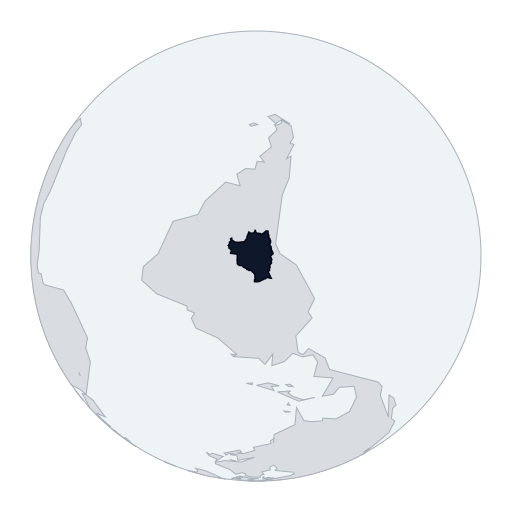 Bolivia highlighted on a globe, orthographic projection, rotated 185°
{"feature_id": "BOL", "entity_name": "Bolivia", "entity_type": "country or territory", "adm_level": 0, "iso_a3": "BOL", "parent_name": "South America", "parent_adm1": "", "projection": "orthographic", "projection_center": [-65.153, -16.301], "detail": "fine", "context": "on_globe", "style": "filled", "palette": "ink", "viewbox_px": 512, "rotation_deg": 185, "n_neighbors": 0, "source": "natural_earth", "source_scale": "50m", "svg_char_len": 9539}
<svg xmlns="http://www.w3.org/2000/svg" viewBox="0 0 512 512"><g transform="rotate(185 256 256)"><circle cx="256" cy="256" r="225" fill="#eef3f6" stroke="#a8b0b8"/><path d="M195.6,39.0L196.1,38.8L198.3,38.2L200.8,37.6L205.3,36.6L211.8,35.2L211.2,35.6L216.9,34.3L216.1,34.3L218.2,33.9L222.1,33.3L220.2,33.7L222.2,33.5L220.5,33.9L223.5,33.3L223.0,34.0L229.0,32.6L233.3,32.5L231.5,33.2L224.4,34.1L202.7,40.2L198.7,42.4L200.2,43.9L218.1,44.0L216.7,46.5L220.0,49.2L224.1,46.9L223.0,44.2L231.5,41.4L229.0,39.2L232.1,38.0L232.5,35.9L240.3,35.4L247.6,36.3L247.6,38.2L250.8,38.9L257.1,36.8L263.3,41.0L278.0,45.4L278.7,47.0L268.9,49.5L252.9,49.4L240.0,55.3L256.2,50.9L257.9,56.1L261.4,57.0L265.9,56.8L268.4,54.9L270.6,56.9L255.4,61.2L253.2,59.4L258.0,57.8L250.5,58.2L240.3,62.3L241.9,65.2L224.7,70.5L225.6,72.9L222.4,75.8L222.1,71.4L222.4,79.7L202.4,91.4L202.5,108.7L193.9,96.1L185.6,95.8L175.4,97.6L175.2,100.3L162.1,100.7L149.4,109.1L143.5,124.3L147.0,134.8L161.7,132.4L166.7,125.1L177.8,122.0L168.6,141.2L187.9,141.1L185.3,155.6L190.7,162.5L200.7,159.5L210.9,162.3L218.5,153.3L230.7,148.1L230.7,159.9L237.6,148.8L244.3,154.3L268.6,153.8L266.7,156.4L287.2,171.2L309.7,178.9L315.0,188.4L312.2,193.9L320.1,196.3L320.2,200.1L351.7,209.7L367.8,222.0L367.3,235.7L353.8,249.7L341.7,283.3L317.5,292.3L311.4,306.5L292.6,327.0L277.9,324.5L282.2,335.8L274.1,342.2L264.6,342.4L263.1,350.3L256.1,350.4L260.9,355.7L250.1,366.1L253.8,374.8L246.1,383.5L248.8,388.6L245.6,388.5L242.5,390.5L242.4,393.4L232.5,388.9L229.0,377.3L232.0,371.3L227.8,370.5L234.1,355.5L229.8,358.6L229.7,336.7L235.2,318.9L237.5,269.8L232.4,260.5L215.0,250.6L193.9,218.7L199.2,204.9L194.7,199.2L209.4,179.8L205.7,163.8L200.6,161.9L195.4,168.4L178.3,160.4L172.7,149.3L123.3,141.1L118.9,136.9L120.1,128.2L110.1,107.2L111.4,129.3L106.3,126.4L103.5,119.4L106.7,116.2L106.9,105.6L103.2,103.7L108.4,91.5L126.5,73.5L126.7,74.4L131.1,70.6L131.1,69.5L130.0,69.8L137.7,64.3L151.5,56.4L165.8,49.6L180.5,43.7L195.6,39.0ZM200.7,115.1L222.9,122.5L209.8,124.5L212.3,122.6L206.9,119.3L196.5,116.9L185.1,120.2L200.7,115.1ZM211.8,104.1L207.9,103.7L211.8,103.3L211.8,104.1ZM128.8,70.5L130.6,69.8L128.9,72.1L126.9,72.7L128.8,70.5ZM133.9,66.7L129.8,69.4L130.1,69.2L130.7,68.8L133.9,66.7ZM228.3,36.4L230.3,36.2L229.2,36.7L228.3,36.4ZM226.5,35.9L223.6,36.7L222.4,36.6L224.1,36.1L226.5,35.9ZM230.3,35.1L220.5,36.4L218.3,36.3L223.2,34.6L230.3,35.1ZM214.3,34.6L215.2,34.6L210.9,35.3L214.3,34.6ZM211.0,35.3L209.8,35.5L211.0,35.3ZM241.0,31.2L243.2,31.1L239.2,31.4L241.0,31.2ZM249.4,398.8L233.5,390.6L242.3,394.2L247.7,389.6L256.2,395.9L249.4,398.8ZM265.6,387.1L272.3,384.8L274.1,386.3L269.8,388.3L265.6,387.1ZM410.7,92.2L408.8,91.2L417.0,103.8L413.6,103.3L405.9,98.2L392.1,82.5L401.3,85.6L396.6,81.1L385.5,73.1L389.3,75.1L385.9,72.5L388.4,73.9L385.6,71.7L398.5,81.5L410.7,92.2ZM457.2,357.3L457.1,357.5L452.6,365.9L448.0,372.7L442.9,377.6L441.3,371.4L446.5,363.3L453.7,345.0L466.1,304.2L472.1,289.1L474.2,275.6L472.5,242.7L473.2,228.0L471.4,220.3L468.5,219.5L465.7,210.3L463.4,208.7L444.8,205.4L435.7,192.8L416.7,159.7L417.6,149.4L411.8,136.3L413.1,103.4L420.1,108.0L428.7,111.5L431.0,114.2L437.3,122.6L443.0,130.4L451.4,143.9L458.8,157.9L465.2,172.5L470.6,187.4L474.9,202.7L478.1,218.3L480.2,234.0L481.2,249.8L481.1,265.7L479.8,281.6L477.5,297.3L474.0,312.8L469.5,328.0L463.9,342.8L457.2,357.3ZM420.5,121.1L422.4,124.7L420.5,121.1ZM269.4,153.6L272.3,156.0L268.4,156.0L269.4,153.6ZM207.7,129.1L212.5,129.0L214.9,130.5L211.2,131.3L207.7,129.1ZM248.7,127.4L254.4,128.3L248.4,129.3L248.7,127.4ZM226.4,123.5L244.2,127.2L232.6,130.7L221.4,128.7L229.3,127.4L226.4,123.5ZM209.0,110.1L212.0,110.6L210.9,112.6L209.0,110.1ZM214.6,103.9L213.5,104.1L212.1,102.7L214.6,103.9ZM258.7,55.8L260.0,55.6L264.5,55.8L262.2,56.6L258.7,55.8ZM285.4,53.0L288.4,56.3L284.7,54.2L282.1,55.6L271.1,53.4L278.6,47.7L277.1,50.4L285.4,53.0ZM258.5,49.8L264.6,51.2L257.6,49.9L258.5,49.8ZM364.7,59.2L368.6,61.2L371.9,63.5L370.3,63.7L365.4,60.2L364.7,59.2ZM360.4,56.4L361.8,57.1L362.9,57.7L364.4,58.5L367.3,60.2L381.4,68.8L385.3,71.6L380.2,69.3L379.7,68.3L376.0,66.1L373.2,63.8L359.2,55.8L359.6,55.9L360.4,56.4ZM330.1,43.3L328.9,43.1L322.7,41.2L322.8,41.1L316.8,39.3L323.5,41.1L330.1,43.3ZM240.9,32.4L238.0,32.7L240.5,32.1L240.9,32.4ZM232.3,32.0L232.2,32.0L232.8,31.9L237.4,31.5L241.3,31.2L253.5,31.4L250.8,31.6L261.1,32.4L258.1,33.3L251.5,32.6L256.9,34.4L249.7,34.2L254.1,35.5L239.8,33.9L233.6,34.3L241.7,33.4L244.6,32.3L244.1,32.0L237.8,31.8L225.8,32.9L226.8,32.6L232.3,32.0ZM305.8,36.3L296.0,35.6L295.3,37.0L297.7,39.3L287.9,37.7L279.4,35.0L272.9,32.6L275.1,31.9L270.3,31.7L269.9,31.4L273.8,31.7L267.5,31.1L268.2,31.1L266.5,31.0L286.3,32.8L305.8,36.3ZM419.0,100.6L424.5,106.6L423.5,105.6L419.0,100.6ZM416.2,97.6L418.8,100.3L416.0,97.5L415.1,96.6L416.2,97.6Z" fill="#d9dde1" stroke="#a8b0b8" stroke-width="1"/><path d="M239.7,260.9L239.7,260.7L239.5,260.2L239.2,260.1L239.1,259.9L239.2,259.7L239.7,259.3L239.9,259.3L240.0,259.1L240.1,258.9L240.5,258.4L240.8,258.0L241.0,257.8L241.3,257.6L241.4,257.1L241.4,256.8L241.5,256.7L241.8,256.5L242.0,256.3L242.1,256.2L241.8,256.0L241.3,255.8L241.0,255.8L240.8,255.7L240.7,255.6L240.0,253.9L239.9,253.6L239.9,253.4L240.3,252.6L240.5,252.3L240.8,252.0L240.7,251.8L240.2,251.2L240.0,250.9L240.0,250.6L240.0,250.2L240.3,250.0L240.4,249.7L240.5,249.5L240.6,249.4L240.8,249.2L240.9,248.9L241.2,248.7L241.3,248.6L241.3,248.1L241.5,248.0L241.8,247.9L241.8,247.5L241.6,247.1L241.4,247.0L241.2,246.2L241.0,245.9L241.1,245.7L241.4,245.1L241.4,244.7L241.3,243.0L241.3,242.7L241.5,242.5L241.8,242.2L242.0,242.1L242.2,241.9L242.2,241.6L242.3,241.4L242.5,241.2L241.9,240.3L241.5,239.5L241.0,238.8L240.5,237.9L240.2,237.3L239.8,236.6L239.4,236.0L238.9,235.2L239.4,235.2L240.3,235.2L241.2,235.3L241.7,235.4L242.0,235.5L242.2,235.8L242.4,235.7L242.6,235.7L243.1,235.5L243.5,235.4L243.8,235.2L244.0,235.0L244.4,234.4L244.7,234.1L245.0,234.0L245.6,233.9L245.8,234.0L246.1,234.0L246.3,233.7L246.6,233.3L247.2,232.8L247.6,232.7L247.8,232.6L248.1,232.5L248.4,232.4L249.9,231.2L250.5,230.9L250.9,230.8L251.2,230.8L251.7,230.6L253.0,230.4L253.9,230.4L254.1,230.5L254.4,230.5L254.7,230.2L254.9,230.1L255.1,230.2L255.3,230.5L255.4,230.8L255.3,231.0L255.3,231.4L255.4,231.8L255.4,232.3L255.1,232.8L254.9,233.0L254.9,233.3L254.9,233.6L255.0,234.1L255.3,234.8L255.3,235.3L255.2,235.6L255.1,235.9L255.1,236.2L255.2,236.3L255.3,236.4L255.3,236.6L255.4,236.9L255.5,237.2L255.8,237.5L255.9,238.0L256.0,238.2L256.4,238.4L256.5,238.5L256.6,238.8L256.6,239.0L256.9,239.1L257.2,239.2L257.4,239.3L257.8,239.7L258.1,239.9L258.5,240.1L258.6,240.4L258.8,240.8L259.4,241.0L260.2,241.1L260.7,241.2L261.2,241.0L261.6,241.0L262.0,241.2L262.2,241.3L262.5,241.5L262.9,241.8L263.3,241.9L263.6,241.8L263.8,241.7L264.0,241.8L264.1,242.1L264.2,242.3L264.4,242.5L264.9,242.9L265.1,243.1L265.4,243.1L266.1,243.3L266.7,243.6L267.1,243.7L267.4,243.6L267.6,243.7L267.7,244.1L268.3,244.7L268.5,245.0L268.9,245.2L269.7,245.2L269.9,245.3L270.3,245.2L271.4,245.1L271.6,245.1L272.2,245.4L272.9,245.8L273.4,246.1L273.7,246.3L273.9,246.6L274.0,246.9L274.1,247.2L274.0,247.6L273.9,247.7L273.8,247.9L273.9,248.2L274.1,248.5L274.2,248.8L274.3,249.4L274.4,249.6L274.5,251.5L274.0,251.5L273.3,251.5L273.5,251.6L274.1,252.3L274.6,253.0L274.6,254.0L274.7,254.7L274.7,255.6L274.8,256.1L276.1,256.2L277.5,256.3L279.3,256.4L280.9,256.5L281.1,256.5L281.3,256.4L281.5,256.4L281.6,256.6L281.6,256.9L281.6,257.2L281.1,257.8L281.1,258.0L281.1,258.8L281.3,259.5L281.3,260.1L281.5,260.3L282.0,260.6L282.8,261.2L283.1,261.3L283.4,261.3L283.5,261.5L283.5,261.9L283.9,263.0L284.2,263.7L284.3,263.9L284.5,264.1L284.3,264.2L284.2,264.3L283.9,265.1L283.6,266.1L283.3,266.8L283.5,266.8L283.5,267.0L283.6,267.3L283.3,267.3L283.2,267.4L283.0,268.0L282.6,268.7L282.2,269.5L281.9,270.0L282.3,270.3L282.9,270.9L282.8,271.1L282.5,271.2L282.3,271.2L282.1,271.4L282.0,271.6L281.7,271.6L281.8,271.0L281.8,270.4L281.7,270.3L280.7,269.5L279.7,268.9L278.5,268.1L276.8,268.0L275.1,268.0L273.4,268.3L271.8,268.7L271.0,268.8L269.5,269.1L268.6,269.2L268.3,269.9L267.9,270.8L267.6,271.4L267.2,272.0L266.6,272.8L266.6,273.8L266.6,274.8L266.1,276.1L265.8,277.3L265.4,278.4L265.2,279.1L265.1,279.3L264.8,279.0L264.5,278.6L264.5,278.4L264.4,278.4L262.9,278.4L261.4,278.4L261.2,278.5L260.9,278.4L260.7,278.4L260.5,278.5L260.3,278.7L259.7,279.8L259.4,280.3L259.2,280.7L259.1,281.5L258.8,281.4L258.6,280.7L258.5,280.3L258.3,279.8L258.0,279.3L257.7,279.1L257.4,279.0L257.1,278.9L256.6,278.8L256.3,278.8L254.8,278.8L254.7,278.7L254.1,278.8L253.7,278.8L253.4,278.5L252.7,277.9L252.6,277.7L252.3,277.6L252.1,277.6L251.9,278.2L251.7,278.6L251.6,278.8L251.1,279.0L250.6,279.2L250.3,279.2L250.2,279.4L250.1,279.7L250.0,280.0L249.3,280.4L249.2,280.6L249.1,280.9L248.7,281.4L248.6,281.6L248.0,281.8L247.2,281.9L246.8,281.9L246.4,281.9L246.1,281.7L246.1,281.3L246.1,280.9L246.1,280.4L245.8,279.7L245.8,279.2L245.7,278.7L245.3,278.4L245.2,277.9L245.2,277.5L244.9,277.0L244.9,276.3L244.9,275.7L244.4,275.1L244.0,274.3L243.6,274.3L243.5,274.2L243.4,273.7L243.5,273.5L243.7,273.1L243.0,272.6L242.8,272.4L242.7,272.3L242.7,272.1L242.9,272.0L243.0,271.9L242.8,271.5L242.8,271.2L242.7,271.1L242.8,270.9L243.3,270.8L243.4,270.5L243.4,270.3L243.3,270.1L242.9,269.6L243.3,268.9L243.6,268.5L243.7,268.4L243.6,268.2L243.4,268.1L243.1,267.9L242.9,267.7L242.6,267.4L242.2,267.1L242.0,266.8L241.8,266.6L241.8,266.4L241.8,266.0L241.6,265.4L241.5,265.0L241.4,264.5L241.4,264.2L241.3,263.9L241.2,263.6L241.1,263.4L241.2,263.2L241.3,263.1L240.6,262.7L240.3,261.9L239.7,261.4L239.7,260.9Z" fill="#0f172a" stroke="#020617" stroke-width="1.5"/></g></svg>